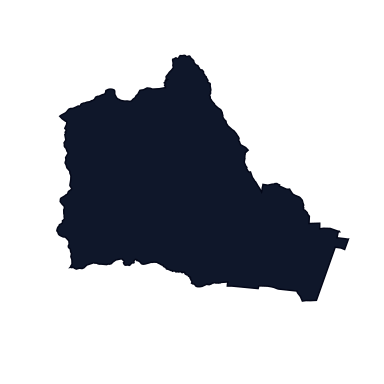 Turia, Covasna, Romania, rotated 346°
{"feature_id": "2599482B69568835310274", "entity_name": "Turia", "entity_type": "district", "adm_level": 2, "iso_a3": "ROU", "parent_name": "Romania", "parent_adm1": "Covasna", "projection": "robinson", "projection_center": [26.016, 46.065], "detail": "fine", "context": "isolated", "style": "filled", "palette": "ink", "viewbox_px": 384, "rotation_deg": 346, "n_neighbors": 0, "source": "geoboundaries", "source_scale": "gbopen_adm2", "svg_char_len": 5895}
<svg xmlns="http://www.w3.org/2000/svg" viewBox="0 0 384 384"><g transform="rotate(346 192 192)"><path d="M286.5,327.2L317.6,280.2L323.1,282.4L326.2,284.7L332.4,275.5L331.6,275.4L330.7,274.9L330.1,275.0L329.6,274.5L328.0,273.9L321.6,271.5L324.1,266.3L324.4,266.1L325.6,266.3L325.3,265.6L324.3,265.4L317.3,260.8L310.8,259.0L307.0,258.6L308.4,253.2L297.9,250.9L300.0,243.9L298.9,241.7L298.8,239.9L297.2,237.1L296.3,236.4L296.0,235.9L296.1,235.1L296.6,234.5L296.3,233.5L296.5,232.9L297.0,232.2L297.2,231.6L297.0,229.5L297.0,226.7L295.6,223.8L294.7,222.7L291.2,220.2L289.2,218.3L287.7,214.1L287.4,212.8L285.8,212.6L284.2,212.0L280.0,208.7L278.5,207.7L278.1,207.4L278.7,206.3L277.4,205.4L276.4,204.3L274.4,203.9L273.9,204.2L271.4,203.8L267.2,203.7L262.7,201.8L262.1,203.3L261.3,204.7L260.4,207.2L259.5,208.9L258.4,204.7L257.1,201.0L257.1,200.7L256.1,197.4L255.6,196.9L255.0,194.8L254.1,192.4L253.6,186.7L252.3,186.5L251.9,186.3L251.3,185.0L250.6,182.3L251.2,181.4L250.5,179.9L249.9,176.3L250.1,175.1L251.5,172.1L251.4,171.6L251.8,170.6L251.9,169.9L252.7,168.2L253.1,166.9L256.6,165.0L254.8,161.8L250.6,157.9L250.3,156.3L250.2,154.7L249.7,153.3L249.8,152.7L250.5,151.7L250.6,151.1L250.3,149.7L249.6,148.0L249.1,146.2L247.5,142.8L246.1,141.3L242.7,136.3L242.6,135.6L241.9,133.6L242.1,131.4L240.9,129.6L240.1,127.3L240.0,126.2L240.4,125.6L240.4,123.1L240.5,122.2L240.0,119.7L239.6,118.9L237.6,116.7L235.2,113.2L235.0,111.8L233.4,108.9L232.9,107.1L232.4,106.1L232.4,105.2L232.7,104.3L232.4,102.2L233.9,100.8L234.2,99.1L235.0,97.5L235.3,93.2L235.7,92.2L235.8,91.2L235.6,90.8L233.8,89.4L234.1,88.1L234.4,87.8L234.4,87.3L233.6,84.8L233.7,83.8L232.8,82.6L232.5,81.1L231.8,79.7L232.3,78.3L232.0,77.4L231.3,76.0L229.9,75.5L229.5,75.0L229.1,74.4L229.1,73.6L228.8,73.5L228.3,70.9L226.5,69.5L226.1,68.9L225.3,66.9L225.4,65.0L224.6,63.5L223.5,62.2L222.8,60.0L222.6,59.6L222.0,59.3L220.5,59.4L218.9,59.1L218.6,58.1L218.2,57.8L217.5,57.5L215.5,57.4L213.5,56.8L212.3,57.7L211.4,58.9L210.9,59.1L209.7,58.8L209.0,58.0L208.6,57.9L206.9,58.5L205.5,58.5L205.1,59.2L204.9,62.4L204.0,64.7L204.1,66.1L203.8,67.0L201.6,68.8L198.9,70.4L197.4,71.8L194.8,73.7L194.5,75.3L194.5,76.3L195.3,76.8L194.8,76.9L194.8,77.2L194.1,77.6L194.0,77.1L193.5,77.0L192.8,78.0L192.5,78.9L191.5,79.4L192.5,80.7L192.4,80.9L192.0,81.1L191.2,81.7L191.3,82.4L191.8,83.1L191.4,84.0L191.5,84.3L185.3,83.9L178.5,82.6L176.6,81.3L173.6,80.2L169.6,81.1L167.1,80.8L166.0,80.8L163.9,83.1L163.3,83.9L160.9,85.2L159.7,86.7L156.8,87.9L155.8,88.8L154.8,89.1L153.4,89.0L151.4,88.1L148.6,87.5L147.2,86.9L144.9,85.8L144.0,84.8L142.4,83.6L141.6,82.3L140.7,78.5L141.4,75.5L141.4,74.9L141.0,74.0L139.2,72.9L137.3,72.3L135.6,72.2L133.1,72.7L132.8,73.1L132.3,74.4L131.3,75.6L130.4,75.9L128.5,75.9L124.9,76.6L123.3,76.3L121.4,76.7L119.8,78.5L117.7,79.2L116.8,79.1L114.6,79.7L111.9,79.4L109.2,79.7L108.4,79.5L106.3,79.7L105.4,80.1L105.0,80.8L103.4,81.8L102.7,81.1L101.7,81.1L100.7,81.4L96.7,82.1L94.3,81.6L93.3,81.7L92.4,81.9L89.6,84.0L88.5,84.6L83.7,85.8L82.0,86.5L83.7,89.5L86.2,92.5L87.2,93.3L87.5,94.0L86.5,96.3L84.0,99.4L84.0,99.7L84.8,100.8L85.1,101.7L84.5,102.1L83.4,103.3L83.9,104.0L83.5,104.3L82.9,105.3L82.5,105.5L82.2,110.7L81.7,111.5L79.7,113.4L79.8,114.4L79.2,116.6L79.6,118.0L80.4,119.2L80.4,120.3L80.6,120.7L80.5,121.6L80.7,122.6L81.2,123.6L81.2,124.4L77.7,128.0L77.4,130.6L76.6,131.7L75.9,133.1L76.4,135.2L76.5,138.3L78.3,141.8L78.4,142.6L78.1,144.2L78.4,146.2L78.4,147.2L77.4,150.6L75.3,155.5L75.1,156.2L75.3,157.1L76.1,159.2L76.0,159.8L74.6,160.8L72.7,161.4L71.9,162.0L71.1,163.4L70.5,164.0L69.0,164.3L67.6,165.0L63.3,166.3L62.7,166.9L61.8,169.4L63.1,172.5L64.5,174.8L64.5,175.4L64.3,176.8L63.2,178.3L62.4,182.0L62.4,183.6L61.9,185.2L61.8,187.1L60.1,188.4L59.6,188.4L59.7,188.8L58.9,189.8L58.7,190.7L58.5,191.0L55.7,191.6L55.1,192.0L54.9,192.6L54.5,193.0L53.5,193.6L52.7,194.6L51.6,196.5L51.6,197.5L52.1,198.3L52.2,200.2L52.6,201.3L53.7,202.5L56.1,204.4L58.2,205.1L60.7,209.6L60.2,212.9L59.0,214.3L58.8,215.0L58.8,216.0L59.0,216.4L59.7,217.1L59.9,217.5L60.0,218.9L59.8,220.8L60.2,222.5L58.8,225.5L59.1,228.3L58.9,229.6L58.1,233.1L56.8,234.2L56.1,235.3L55.5,235.7L56.4,235.8L57.2,236.4L57.9,235.9L58.1,235.9L59.6,237.6L61.1,238.8L64.3,238.7L66.8,239.7L68.8,239.4L72.3,237.4L78.1,237.0L79.0,236.7L80.0,237.3L82.3,238.0L83.1,238.5L83.3,238.9L84.7,239.6L86.2,239.9L91.6,241.8L93.1,241.6L94.6,242.1L96.4,242.0L98.3,240.8L101.7,239.5L106.8,239.7L107.7,239.9L109.6,243.0L109.4,243.6L108.4,244.0L108.5,245.2L109.1,246.5L109.7,246.9L112.6,247.4L113.2,248.0L114.1,247.9L114.6,247.4L115.6,246.9L116.4,246.1L117.5,246.6L118.5,246.6L118.8,246.2L118.7,245.4L118.9,245.1L118.8,244.6L119.9,244.2L120.4,243.8L121.1,243.7L122.3,244.8L122.0,245.2L123.1,245.7L124.2,246.7L125.0,247.9L125.4,249.0L125.8,249.2L125.9,249.6L126.4,249.9L127.4,250.3L129.1,250.5L133.6,250.4L135.4,250.2L136.1,250.6L138.1,250.8L141.0,251.7L141.9,252.7L143.3,253.8L144.9,255.4L146.3,256.2L146.2,256.8L146.6,257.6L147.7,258.3L147.9,259.0L148.9,259.9L148.7,260.5L150.3,261.3L152.7,263.2L153.6,263.4L153.9,264.2L154.2,264.3L154.5,263.9L155.2,264.1L157.0,265.0L157.1,265.7L159.6,265.8L159.5,266.3L161.8,266.6L162.4,267.3L162.9,267.2L163.0,267.9L165.1,267.8L165.7,268.7L165.4,269.2L165.6,269.9L167.0,271.2L167.7,271.4L168.0,271.8L168.2,272.8L169.8,274.3L169.8,274.6L169.3,274.8L169.3,275.1L169.7,276.3L169.7,277.1L170.2,278.0L170.1,278.4L170.4,279.2L169.5,280.3L170.5,281.3L171.9,281.9L172.8,283.6L172.8,284.0L174.1,285.1L176.6,285.8L179.0,286.0L184.3,285.0L184.7,285.5L186.3,286.1L188.8,285.8L189.9,285.3L190.6,285.5L191.5,285.4L192.8,285.7L193.2,286.2L194.2,286.2L195.3,286.7L197.7,287.0L198.0,286.7L204.2,287.8L205.0,288.0L203.9,290.5L203.5,291.8L208.2,293.0L232.8,301.7L233.9,299.7L234.4,299.3L242.5,301.6L246.0,303.1L248.5,304.4L251.4,306.5L252.5,307.1L269.7,313.4L270.1,315.5L271.9,319.6L272.7,324.5L276.4,324.9L280.4,326.0L286.5,327.2Z" fill="#0f172a" stroke="#020617" stroke-width="1.5"/></g></svg>